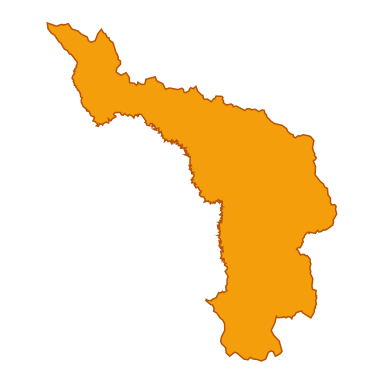 outline of Moyobamba, San Martín, Peru
{"feature_id": "86281439B55224927366475", "entity_name": "Moyobamba", "entity_type": "district", "adm_level": 2, "iso_a3": "PER", "parent_name": "Peru", "parent_adm1": "San Martín", "projection": "natural_earth1", "projection_center": [-77.231, -5.91], "detail": "fine", "context": "isolated", "style": "filled", "palette": "amber", "viewbox_px": 384, "rotation_deg": 0, "n_neighbors": 0, "source": "geoboundaries", "source_scale": "gbopen_adm2", "svg_char_len": 5971}
<svg xmlns="http://www.w3.org/2000/svg" viewBox="0 0 384 384"><path d="M293.6,137.0L293.1,134.7L290.6,134.0L287.5,131.2L286.6,128.7L282.0,125.3L274.2,123.5L270.9,121.1L266.8,116.8L266.4,114.8L264.8,113.3L264.3,110.4L262.1,109.9L259.0,111.6L255.2,109.3L250.9,109.7L249.8,108.7L246.8,108.9L245.0,110.6L236.5,106.1L233.2,106.6L232.8,105.1L231.2,104.0L226.3,105.0L223.3,102.7L223.6,100.9L222.4,99.4L222.9,97.4L221.8,96.4L216.1,96.1L214.9,98.5L213.8,98.7L211.3,101.8L207.5,99.1L204.5,99.4L203.3,98.1L202.9,95.4L201.4,95.0L197.5,90.9L195.9,86.3L193.3,88.7L190.8,87.7L189.5,89.0L189.4,90.5L186.1,92.6L184.0,92.1L183.3,89.4L182.0,88.2L178.1,89.6L169.6,88.0L165.4,89.2L162.9,83.8L157.4,81.2L156.3,80.0L155.3,76.8L145.9,79.3L145.0,83.6L144.1,84.4L140.9,84.3L137.9,82.2L137.6,84.1L136.4,85.3L134.4,83.3L129.6,82.7L129.2,77.3L126.1,72.7L121.0,75.3L116.1,72.0L116.8,68.2L120.6,64.1L120.4,60.9L118.1,59.4L118.3,57.5L117.1,54.0L116.2,53.2L113.0,42.7L109.6,40.2L109.0,37.9L107.4,37.7L105.5,33.8L103.5,32.9L101.4,29.3L97.9,33.6L95.2,40.8L90.7,42.3L88.4,40.5L87.2,37.0L81.1,34.0L77.9,30.9L71.8,29.0L68.4,23.7L63.9,25.0L61.4,24.4L56.6,26.2L47.3,23.0L48.0,28.6L51.1,32.9L54.6,35.2L59.0,41.9L60.8,43.0L64.3,49.0L67.4,50.6L69.6,54.1L71.1,54.2L77.1,61.9L77.4,63.5L76.1,66.2L76.6,67.0L74.6,69.3L74.9,71.1L73.7,71.1L74.5,73.7L72.6,76.0L72.1,78.5L73.8,80.3L73.2,81.4L74.6,84.1L74.3,85.3L75.9,85.8L75.8,87.1L77.4,88.7L77.5,90.0L78.6,90.5L80.2,93.3L80.7,96.8L82.2,97.9L81.3,99.6L81.3,102.2L83.3,106.6L87.0,109.7L86.4,110.3L87.0,111.1L89.0,111.1L90.8,115.5L94.2,117.0L94.3,118.4L92.9,120.9L95.5,121.9L97.4,123.9L97.7,124.7L96.4,125.8L98.5,126.3L99.5,123.7L102.2,124.5L103.0,125.6L102.6,124.3L105.6,122.2L108.6,122.9L109.1,121.0L108.5,119.0L110.9,120.8L112.4,118.7L115.9,116.8L115.6,115.9L114.2,115.5L113.6,113.9L115.6,112.5L120.3,112.5L121.4,114.8L123.1,115.3L124.4,113.5L128.0,116.1L129.3,114.5L132.0,115.8L133.8,118.0L134.9,115.3L135.9,114.7L137.9,116.5L138.5,115.7L138.0,114.4L141.3,114.3L146.1,121.1L145.1,122.5L146.6,123.4L146.7,124.9L149.8,125.8L150.3,123.4L152.6,123.8L151.8,126.8L152.7,126.9L153.6,125.1L154.4,125.3L155.5,128.8L153.3,129.0L155.0,129.9L156.9,130.2L157.0,128.4L158.8,128.1L158.6,131.0L159.8,131.7L158.6,132.8L159.7,133.0L161.3,131.7L162.0,134.7L161.5,135.9L162.8,135.8L162.9,138.0L164.9,139.1L164.5,141.4L166.7,139.5L168.0,141.6L170.0,141.0L171.9,143.9L172.4,142.7L171.4,140.9L171.8,139.8L173.8,141.5L174.1,143.0L176.5,140.1L177.8,141.5L176.2,142.2L176.3,144.1L178.5,143.5L178.4,145.6L180.4,145.2L180.5,147.2L182.1,144.6L182.6,145.8L181.0,147.7L181.3,148.3L185.6,147.8L184.1,149.1L185.0,151.4L186.3,150.1L186.9,152.4L185.5,152.1L186.4,154.2L184.7,154.7L188.0,155.8L187.8,154.2L188.5,153.9L188.5,156.7L190.2,156.5L189.9,163.4L191.4,165.9L190.5,166.2L188.8,164.8L190.0,167.3L189.3,169.1L190.1,169.8L191.4,168.9L191.3,171.8L193.2,172.4L191.7,172.9L191.7,173.6L193.6,174.2L194.2,175.4L193.3,177.4L192.2,178.1L193.0,179.6L191.3,179.6L192.2,181.7L191.7,182.8L194.8,183.0L195.9,184.5L195.2,184.9L194.5,184.1L194.2,184.8L196.0,187.9L197.9,187.0L199.8,190.6L201.4,191.2L200.4,193.2L199.6,192.9L199.6,195.3L201.3,196.8L203.6,196.7L205.3,199.9L204.3,202.0L208.3,200.8L208.5,201.7L210.3,201.9L210.2,204.4L210.9,202.9L213.0,203.1L213.5,201.8L214.9,203.3L216.3,200.6L218.7,202.1L218.4,199.6L220.3,201.0L220.1,202.7L221.9,200.9L222.3,202.0L221.6,202.6L222.4,203.6L221.3,205.5L222.8,206.6L221.8,206.6L220.1,208.6L221.4,207.8L222.4,208.9L222.1,209.5L221.1,209.2L220.8,210.4L222.4,212.7L219.8,214.8L220.3,215.2L221.9,214.2L222.6,215.5L221.9,216.3L222.0,218.3L221.5,218.5L221.3,217.4L220.8,218.5L221.9,218.9L221.8,221.2L220.1,220.2L219.6,221.5L220.7,222.5L218.7,222.5L219.8,223.2L219.1,223.9L219.5,225.2L217.5,225.2L217.8,226.8L218.7,225.9L219.3,227.0L218.4,228.4L220.2,228.2L218.7,229.1L220.2,231.1L218.8,232.4L219.9,232.9L219.8,235.0L217.9,235.4L219.5,235.9L218.6,237.5L220.4,239.1L220.0,240.7L221.3,241.1L220.9,243.1L219.2,241.4L219.7,244.7L219.0,245.8L220.1,246.1L220.0,247.4L221.5,249.2L221.6,247.1L222.7,246.8L222.5,250.3L223.4,251.1L223.1,251.9L220.8,251.4L221.6,255.8L220.6,258.4L222.0,258.5L222.3,260.6L223.4,258.6L224.2,259.0L223.9,262.4L225.8,263.5L224.7,264.3L224.6,265.3L227.3,266.8L227.1,269.3L225.1,271.3L228.3,276.7L227.2,278.9L227.0,285.1L225.8,285.9L226.0,289.1L227.0,290.5L223.8,292.6L222.4,291.3L221.1,292.8L218.7,292.6L216.1,297.8L212.2,299.3L211.5,300.6L208.0,300.5L206.2,299.4L205.9,300.6L210.7,304.6L212.6,305.0L214.1,308.2L213.6,311.2L216.8,313.0L220.3,318.3L222.8,320.1L224.6,323.7L224.7,330.5L221.4,337.1L220.7,341.2L221.7,343.8L225.8,347.9L226.2,352.8L229.6,356.2L234.8,352.2L237.3,353.3L244.0,359.1L248.0,359.8L250.4,357.4L253.1,359.0L257.1,359.4L261.3,361.0L265.7,359.1L268.4,352.3L271.2,350.9L273.1,351.6L275.4,356.2L277.1,355.5L280.7,353.2L282.0,351.2L279.2,341.1L273.5,335.0L271.2,330.5L274.9,322.6L276.4,316.3L277.3,317.5L279.1,317.7L284.7,316.9L286.0,317.8L288.0,316.6L290.1,317.0L291.8,318.8L292.6,316.3L294.7,315.4L296.3,312.6L301.5,311.0L302.6,312.7L310.8,317.9L314.0,312.6L314.5,308.9L315.4,308.0L315.1,306.6L316.5,304.2L315.6,300.4L316.7,298.0L316.0,296.9L316.7,295.9L315.7,294.9L316.1,290.4L312.6,289.4L311.9,286.0L312.8,278.8L310.3,273.4L310.8,271.8L309.8,267.8L310.9,263.9L310.1,262.0L310.1,259.2L307.2,255.6L305.9,255.8L303.8,254.2L300.5,255.0L297.9,250.1L296.6,249.4L298.2,247.5L300.1,247.8L302.0,244.8L301.7,243.3L303.2,242.3L302.6,239.0L304.3,237.1L304.5,235.5L307.3,232.5L308.7,232.2L309.1,233.4L310.3,232.4L315.4,233.3L317.5,230.4L318.9,232.0L321.3,231.5L323.5,229.8L324.7,230.2L327.1,229.2L332.7,225.1L333.6,222.0L333.1,220.3L336.7,214.0L335.4,208.9L336.2,206.6L334.9,204.7L332.1,204.9L331.2,204.3L330.4,202.2L330.5,198.2L328.0,194.8L327.4,188.4L324.7,187.1L323.4,183.9L320.6,181.8L315.1,174.9L315.5,166.5L313.3,161.0L315.5,159.6L316.2,157.6L314.6,155.6L314.7,153.4L313.4,151.4L312.5,147.4L313.9,140.7L310.7,136.7L308.2,135.7L303.1,134.8L299.9,136.1L298.3,135.7L295.4,137.7L293.6,137.0Z" fill="#f59e0b" stroke="#b45309" stroke-width="1.5"/></svg>